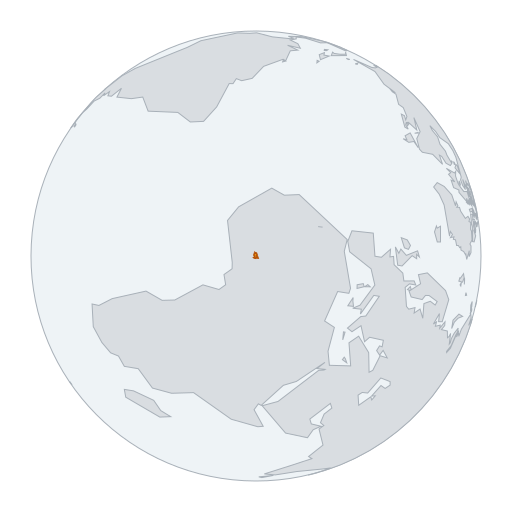 the Earth from above Gourma, rotated 93°
{"feature_id": "BFA-2184", "entity_name": "Gourma", "entity_type": "Province", "adm_level": 1, "iso_a3": "BFA", "parent_name": "Burkina Faso", "parent_adm1": "", "projection": "orthographic", "projection_center": [0.734, 12.217], "detail": "fine", "context": "on_globe", "style": "filled", "palette": "amber", "viewbox_px": 512, "rotation_deg": 93, "n_neighbors": 0, "source": "natural_earth", "source_scale": "10m", "svg_char_len": 9622}
<svg xmlns="http://www.w3.org/2000/svg" viewBox="0 0 512 512"><g transform="rotate(93 256 256)"><circle cx="256" cy="256" r="225" fill="#eef3f6" stroke="#a8b0b8"/><path d="M195.7,38.9L174.4,46.6L178.4,45.3L172.3,48.5L174.6,48.5L169.7,50.7L175.8,48.9L179.9,46.9L183.9,45.7L185.7,45.7L179.7,48.2L178.0,48.6L177.1,49.4L173.4,50.8L176.2,50.1L168.7,53.6L178.7,50.3L174.8,53.3L169.2,55.7L166.5,55.2L146.8,61.6L140.3,65.0L133.8,69.8L128.2,78.6L122.3,83.1L116.7,89.2L121.4,86.5L127.5,80.9L134.8,78.1L141.4,72.3L145.3,70.6L153.3,65.3L155.5,66.7L153.4,71.1L146.8,75.8L145.7,78.1L154.7,74.5L145.2,84.9L143.7,95.3L140.8,98.3L130.3,101.6L123.2,98.6L109.5,105.6L121.8,102.0L114.5,110.8L114.8,112.9L117.2,113.4L121.3,110.6L119.5,114.1L106.7,118.3L108.1,115.1L112.2,113.6L108.8,112.6L100.1,116.7L97.1,121.5L87.1,124.7L84.9,128.4L81.4,131.6L85.7,125.3L77.8,137.1L65.6,146.8L54.6,168.9L61.7,150.1L61.9,146.6L61.2,145.1L59.3,148.6L61.0,143.6L59.1,146.6L67.4,132.7L76.8,119.5L87.1,106.9L98.3,95.1L110.3,84.2L123.0,74.1L136.5,65.0L150.5,56.9L165.1,49.9L180.2,43.9L195.7,38.9ZM43.4,181.5L43.0,183.1L45.7,176.3L46.6,176.9L39.3,196.0L39.8,202.7L35.9,218.0L35.2,227.4L37.1,227.2L38.5,233.1L41.8,225.3L46.2,222.6L43.9,235.5L48.2,225.0L49.3,232.5L59.5,236.6L58.1,239.2L66.2,258.3L78.8,269.1L81.7,279.5L79.9,284.9L85.1,288.0L85.2,291.8L109.2,303.1L124.3,315.4L125.6,328.6L116.7,341.6L117.0,371.3L103.2,377.4L105.4,388.7L104.6,403.2L95.5,399.1L104.0,408.7L103.8,412.3L99.5,410.9L103.9,416.6L101.0,415.3L106.6,420.2L109.7,425.7L117.9,432.5L122.1,436.8L127.6,440.8L126.4,440.1L127.1,440.7L129.7,442.6L127.2,440.9L110.5,427.9L107.5,425.4L105.7,423.8L96.5,414.4L97.4,415.7L83.1,399.3L75.0,386.4L55.7,345.1L51.3,335.6L43.9,322.3L34.2,286.1L34.0,274.1L33.1,267.0L36.3,251.2L37.2,233.2L36.6,229.8L34.9,235.2L34.5,221.0L36.9,206.8L38.8,196.2L43.4,181.5ZM51.1,176.2L52.0,191.3L48.4,190.2L49.6,188.6L50.1,183.1L49.8,177.0L47.6,177.2L51.1,176.2ZM58.5,165.9L58.1,164.4L59.0,165.0L58.5,165.9ZM151.6,65.0L152.4,65.2L150.5,66.0L151.6,65.0ZM154.2,62.8L151.4,63.7L152.3,62.8L154.0,62.2L154.2,62.8ZM157.5,61.9L154.1,61.1L155.7,59.6L163.6,56.4L157.5,61.9ZM180.4,46.4L176.2,48.4L178.1,46.8L180.4,46.4ZM180.6,45.8L180.7,44.0L187.9,41.5L186.4,42.3L194.4,39.6L197.8,39.1L194.2,40.6L188.9,42.1L194.3,40.9L180.6,45.8ZM185.7,45.1L185.1,44.7L191.3,42.4L193.6,42.7L190.9,43.3L185.7,45.1ZM194.8,39.3L199.8,37.9L203.9,37.1L206.4,36.5L198.5,38.9L194.8,39.3ZM190.4,43.9L194.7,43.0L193.4,44.2L186.7,45.3L190.4,43.9ZM191.9,41.8L194.9,40.8L194.0,41.4L191.9,41.8ZM191.2,48.8L190.3,48.0L193.4,46.6L191.2,48.8ZM196.4,42.7L196.8,42.3L197.9,41.8L200.4,41.5L196.4,42.7ZM202.0,38.4L202.7,38.5L205.5,37.3L208.7,37.0L202.8,38.8L206.7,37.9L207.7,37.9L201.8,39.5L202.0,38.4ZM206.4,39.9L200.0,42.7L201.0,44.3L198.2,45.4L197.2,42.8L206.4,39.9ZM204.2,39.5L204.9,40.0L201.1,40.9L198.3,41.2L204.2,39.5ZM213.0,36.3L209.6,36.3L211.0,35.9L213.0,36.3ZM207.4,40.1L208.9,39.5L207.9,40.1L207.4,40.1ZM212.1,37.1L210.7,37.1L212.4,36.7L212.1,37.1ZM213.1,38.5L211.0,39.3L209.1,39.3L213.1,38.5ZM213.3,37.7L215.8,37.2L209.6,38.9L212.4,37.7L213.3,37.7ZM213.9,36.8L214.4,36.5L214.3,36.9L213.9,36.8ZM221.8,38.0L214.4,40.2L210.0,40.2L217.8,38.0L221.8,38.0ZM128.7,441.9L130.4,443.0L128.1,441.2L137.3,447.0L137.3,447.4L130.0,442.8L128.7,441.9ZM133.2,443.0L134.4,442.6L136.6,443.9L136.3,444.5L133.2,443.0ZM472.0,192.2L472.1,192.4L469.6,184.3L463.7,170.3L465.2,178.2L469.1,204.0L473.6,225.3L473.2,236.3L462.9,208.9L455.4,189.6L453.5,193.0L441.3,179.2L425.5,184.0L421.7,179.4L419.1,182.9L410.3,179.7L403.9,172.3L399.3,174.0L416.0,193.7L420.8,192.0L422.6,182.2L426.5,189.8L434.8,195.1L431.3,217.2L405.2,242.0L400.1,226.4L366.9,187.4L366.4,182.4L366.2,181.9L365.6,181.0L365.2,189.2L358.6,181.6L379.2,209.2L383.7,221.9L404.9,243.0L403.5,245.9L409.6,249.9L425.7,239.9L426.4,245.3L420.3,272.2L395.7,311.2L397.5,333.1L393.3,352.5L374.7,367.7L373.1,381.7L363.1,388.1L360.3,396.1L350.4,405.4L335.1,414.8L312.5,417.2L313.6,410.3L306.1,397.4L296.8,364.0L305.2,347.4L304.2,334.8L287.6,307.5L291.4,291.2L286.3,284.8L276.2,287.0L270.0,279.2L263.6,279.4L222.0,286.3L207.8,275.9L187.4,243.8L193.8,230.9L192.4,216.1L234.8,165.8L246.7,168.1L283.3,159.9L288.4,161.3L287.2,172.6L317.3,184.1L323.2,174.0L347.3,179.1L361.3,177.0L360.8,155.7L337.8,158.6L330.7,149.3L346.6,138.4L366.2,137.0L364.1,133.4L349.1,126.8L350.9,119.6L343.6,124.1L348.5,127.4L344.1,130.6L339.3,127.9L340.1,125.3L333.5,124.4L331.2,138.3L335.9,143.1L320.1,147.5L326.6,156.2L323.2,160.9L311.0,148.2L310.2,143.2L289.8,130.8L289.2,136.3L308.5,148.7L303.6,148.0L303.1,156.7L299.7,149.6L278.8,135.8L262.8,140.4L246.9,162.7L236.6,165.1L225.8,161.5L227.0,140.1L250.0,137.2L250.7,130.7L242.2,122.0L249.9,122.2L249.2,118.6L257.5,117.6L265.4,108.5L273.2,107.0L272.6,96.8L276.6,94.9L275.8,101.3L279.5,105.4L298.5,103.1L301.1,100.7L299.2,94.5L304.7,95.1L300.4,89.4L309.5,86.2L294.7,85.8L292.1,79.6L295.6,74.5L292.0,72.7L286.4,81.1L286.5,84.7L290.8,87.8L288.8,98.9L283.1,101.3L275.1,90.2L266.1,92.8L263.9,84.0L280.6,64.9L289.5,61.2L311.9,66.6L312.0,70.2L303.9,69.8L314.7,75.3L312.3,72.3L316.8,73.2L315.4,68.4L318.6,68.8L311.8,63.8L315.6,63.9L319.8,67.0L320.9,61.0L327.6,60.5L326.3,59.0L323.1,57.6L333.8,58.4L332.4,57.4L328.3,56.6L322.9,54.1L317.4,50.3L321.4,50.8L324.0,52.2L335.3,56.4L341.3,60.7L342.4,60.6L338.1,57.1L324.3,51.9L319.9,49.5L326.5,51.5L323.8,50.5L322.8,49.6L325.6,49.3L318.4,47.1L302.7,38.5L306.6,37.9L314.2,40.0L307.4,36.8L311.4,37.6L327.4,42.3L343.0,48.2L358.1,55.2L372.6,63.3L386.6,72.4L399.8,82.6L412.2,93.6L423.7,105.6L434.4,118.4L444.1,132.0L452.7,146.2L460.3,161.0L466.7,176.4L472.0,192.2ZM223.7,191.0L223.4,195.4L223.4,195.5L223.7,191.0ZM389.6,146.8L399.7,145.6L390.6,134.0L393.7,132.9L389.4,129.6L389.8,133.2L378.8,124.4L381.5,120.1L377.9,115.3L374.4,115.5L371.3,125.0L387.0,137.3L386.7,142.8L389.6,146.8ZM59.8,236.6L60.8,239.6L58.9,239.0L59.8,236.6ZM46.3,195.0L47.2,196.2L47.2,198.6L46.1,198.5L46.3,195.0ZM58.2,203.1L60.0,205.3L57.4,205.2L58.2,203.1ZM52.5,193.4L56.6,201.9L51.6,203.4L49.3,198.3L51.8,198.7L52.5,193.4ZM54.8,172.6L55.0,174.1L53.9,176.2L54.8,172.6ZM59.1,166.5L58.8,166.5L59.4,164.4L59.1,166.5ZM115.3,110.5L116.3,110.3L118.0,111.5L115.7,112.4L115.3,110.5ZM134.5,109.4L131.2,115.2L132.0,111.4L128.1,113.4L125.0,108.5L139.3,99.7L133.4,104.3L134.5,109.4ZM124.7,100.4L125.1,104.0L124.1,100.5L124.7,100.4ZM237.4,102.3L241.4,104.1L240.1,108.2L230.1,111.9L232.0,105.8L237.4,102.3ZM247.5,105.9L242.4,94.9L248.4,92.8L245.9,95.7L250.3,95.4L247.5,100.1L258.3,109.6L257.8,114.0L239.6,117.3L245.8,113.5L241.5,111.7L247.5,105.9ZM218.7,76.5L216.6,73.3L232.3,72.5L232.5,75.7L222.6,79.0L216.6,77.4L218.7,76.5ZM172.2,57.1L170.3,57.1L172.0,56.2L174.9,55.5L172.2,57.1ZM190.5,48.5L181.9,56.6L179.4,56.9L177.4,62.2L170.0,65.1L171.5,61.4L164.3,68.0L162.6,65.9L158.5,70.5L162.7,62.1L161.0,61.0L165.7,60.9L172.6,58.2L175.1,56.6L180.8,51.8L180.5,48.7L187.3,46.1L192.2,45.0L193.3,45.4L188.5,46.8L193.4,46.2L187.4,48.7L190.5,48.5ZM245.5,43.2L239.5,43.3L248.4,45.4L242.4,46.7L243.8,46.8L240.7,48.8L239.3,51.6L236.1,52.0L237.0,53.0L234.9,54.5L235.0,56.2L229.4,57.6L229.0,59.8L226.5,59.3L227.5,62.8L224.2,60.9L221.3,63.2L226.0,63.8L195.2,70.8L184.8,76.2L177.8,82.2L173.2,78.9L176.7,71.7L184.7,63.7L195.4,59.4L191.4,59.0L195.3,57.0L196.8,58.1L196.8,55.3L200.5,54.0L207.5,48.9L205.3,46.4L207.8,44.7L210.5,45.1L211.1,43.3L218.0,43.1L220.0,42.1L228.7,41.1L232.8,43.0L234.7,41.8L241.4,41.5L245.5,43.2ZM224.3,37.7L230.5,38.9L230.3,40.5L215.2,41.5L212.5,42.5L202.8,43.9L203.3,41.9L206.0,41.6L208.8,40.9L207.5,41.8L210.6,40.6L214.5,40.3L217.9,39.3L219.0,39.9L224.3,37.7ZM292.4,156.8L295.9,156.9L301.2,156.0L300.9,161.7L292.4,156.8ZM278.0,147.4L281.0,146.4L283.1,153.4L279.4,153.5L278.0,147.4ZM280.8,140.3L281.0,145.8L278.7,142.9L280.8,140.3ZM278.4,100.3L281.3,99.3L282.4,100.6L281.6,103.0L278.4,100.3ZM270.5,52.1L267.1,51.3L267.5,50.7L262.8,47.8L266.9,47.0L271.3,48.4L270.5,52.1ZM357.9,159.8L355.0,164.3L352.4,162.6L353.9,161.4L357.9,159.8ZM327.4,163.1L335.2,165.0L327.2,164.7L327.4,163.1ZM274.2,50.7L271.7,49.5L275.3,49.9L274.2,50.7ZM269.6,46.4L273.5,46.5L266.8,46.6L269.6,46.4ZM394.3,432.9L392.5,434.7L390.9,435.6L394.3,432.9ZM421.9,343.6L403.8,378.7L396.1,380.5L397.1,371.2L405.5,350.6L415.4,343.0L420.9,332.8L421.9,343.6ZM474.2,227.1L477.0,238.6L476.4,241.7L474.2,227.1ZM305.5,46.5L307.5,50.9L311.7,54.5L318.2,56.8L309.8,55.9L303.4,50.3L305.5,46.5ZM302.6,39.2L296.8,37.9L298.7,37.7L300.2,38.0L302.6,39.2ZM299.6,38.9L293.8,38.9L290.1,37.7L295.4,37.9L299.6,38.9ZM284.2,43.6L284.5,44.8L281.6,44.4L284.2,43.6ZM293.5,34.0L288.7,33.1L295.6,34.3L293.5,34.0Z" fill="#d9dde1" stroke="#a8b0b8" stroke-width="1"/><path d="M252.7,257.2L252.8,257.1L252.8,256.8L252.9,256.7L253.0,256.6L253.3,256.5L253.3,256.4L253.1,256.2L252.9,256.0L252.9,255.9L253.1,255.7L253.3,255.5L253.7,255.4L254.2,255.4L254.3,255.3L254.5,255.1L254.9,254.9L255.0,254.8L255.5,255.1L255.7,255.6L255.8,255.6L256.0,255.5L256.0,255.4L256.2,255.2L256.3,255.1L256.4,254.9L256.5,254.9L256.5,254.7L256.8,254.5L256.9,254.4L257.0,254.3L257.0,254.2L257.3,254.2L257.3,254.3L257.5,254.2L257.6,253.9L257.8,253.9L258.0,253.8L258.0,254.0L258.0,254.3L258.0,254.7L257.9,254.8L257.8,255.0L257.9,255.6L257.8,255.8L257.9,256.1L258.0,256.2L258.2,256.3L258.3,256.3L258.2,257.1L258.2,257.3L258.2,257.5L258.1,257.8L257.9,258.0L257.9,257.9L257.7,257.9L257.6,257.7L257.4,257.5L257.2,257.5L257.1,257.4L256.9,257.3L256.9,257.2L256.7,257.2L256.3,257.4L256.1,257.5L255.9,257.7L255.9,257.8L255.5,258.0L255.4,258.0L255.2,258.2L254.9,258.2L254.4,257.9L254.0,257.8L253.9,257.8L253.8,257.7L253.6,257.7L253.5,257.8L253.4,257.8L253.3,257.6L253.2,257.5L253.1,257.4L252.9,257.3L252.9,257.2L252.7,257.2Z" fill="#f59e0b" stroke="#b45309" stroke-width="1.5"/></g></svg>